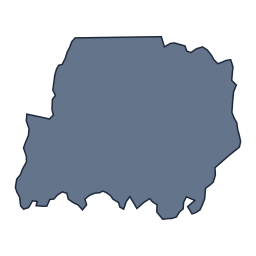 São José das Palmeiras, Paraná, Brazil
{"feature_id": "56859067B12185724894404", "entity_name": "São José das Palmeiras", "entity_type": "district", "adm_level": 2, "iso_a3": "BRA", "parent_name": "Brazil", "parent_adm1": "Paraná", "projection": "natural_earth1", "projection_center": [-54.124, -24.817], "detail": "fine", "context": "isolated", "style": "filled", "palette": "slate", "viewbox_px": 256, "rotation_deg": 0, "n_neighbors": 0, "source": "geoboundaries", "source_scale": "gbopen_adm2", "svg_char_len": 1485}
<svg xmlns="http://www.w3.org/2000/svg" viewBox="0 0 256 256"><path d="M200.0,209.9L202.7,204.0L204.7,198.6L205.5,188.3L210.5,184.6L213.3,182.0L215.4,175.0L215.0,167.7L228.9,155.5L239.4,147.1L240.6,141.5L239.3,135.4L237.7,129.6L236.8,122.9L234.0,117.8L231.9,112.4L232.6,101.9L233.6,91.8L236.3,85.0L231.7,80.4L232.3,73.5L233.0,67.0L230.7,59.7L226.2,60.4L221.8,62.3L217.8,63.7L213.9,59.7L211.7,55.7L207.4,50.1L202.6,46.9L196.5,48.7L190.9,52.6L186.7,51.0L185.1,46.0L174.6,43.0L170.8,43.3L164.4,46.8L161.3,36.7L75.1,37.9L71.8,41.7L69.5,47.8L67.1,52.2L65.4,58.1L62.2,64.4L58.7,65.3L56.5,69.1L54.8,75.2L53.8,82.9L52.8,90.0L55.4,95.5L52.4,99.3L52.0,109.6L53.4,115.0L49.4,119.0L43.4,117.6L26.8,114.1L26.3,120.9L29.1,129.0L28.4,135.6L25.7,141.9L23.5,147.9L26.3,156.0L26.5,161.8L22.4,169.3L20.5,174.5L16.7,179.2L15.4,187.4L16.7,191.7L19.6,197.1L20.6,205.9L23.6,209.2L28.6,207.6L32.5,200.8L37.2,201.5L36.1,205.7L42.5,206.2L46.8,206.2L49.8,199.4L53.8,199.1L57.4,195.0L62.2,191.9L66.9,193.3L68.3,199.2L73.1,202.5L78.4,205.2L82.5,209.9L86.6,204.7L84.9,199.1L89.7,195.2L95.1,193.1L99.4,192.8L102.8,191.1L106.3,192.6L110.5,195.6L113.0,199.2L118.5,202.5L119.9,207.1L123.6,209.2L126.3,201.5L129.8,196.6L134.7,204.7L136.9,208.5L143.9,202.4L149.8,198.6L152.3,201.7L157.0,204.7L156.8,212.0L162.7,219.3L167.5,218.6L171.5,218.5L176.4,217.0L179.4,212.0L183.2,208.8L183.6,202.4L186.3,196.8L194.9,200.4L187.6,206.6L192.0,213.9L195.6,212.7L200.0,209.9Z" fill="#64748b" stroke="#1e293b" stroke-width="1.5"/></svg>